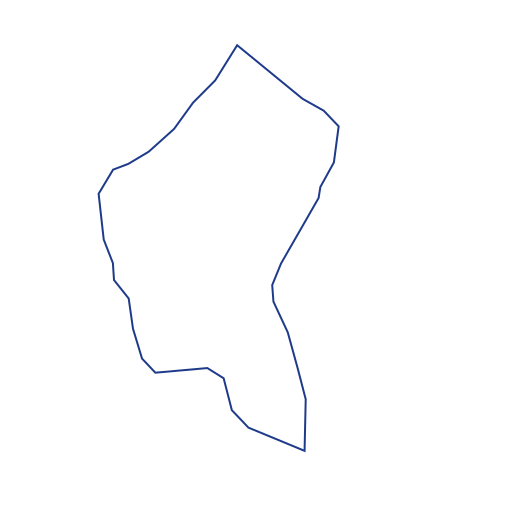 San Bartolomé Milpas Altas, Sacatepéquez, Guatemala (orthographic projection), rotated 221°
{"feature_id": "79465075B34478073333157", "entity_name": "San Bartolomé Milpas Altas", "entity_type": "district", "adm_level": 2, "iso_a3": "GTM", "parent_name": "Guatemala", "parent_adm1": "Sacatepéquez", "projection": "orthographic", "projection_center": [-90.687, 14.601], "detail": "fine", "context": "isolated", "style": "outline", "palette": "blue", "viewbox_px": 512, "rotation_deg": 221, "n_neighbors": 0, "source": "geoboundaries", "source_scale": "gbopen_adm2", "svg_char_len": 561}
<svg xmlns="http://www.w3.org/2000/svg" viewBox="0 0 512 512"><g transform="rotate(221 256 256)"><path d="M278.7,408.1L300.2,410.1L323.9,405.2L408.5,402.7L402.0,361.7L404.1,330.4L401.2,298.2L405.4,264.4L412.7,242.0L420.5,227.4L415.6,199.7L381.7,168.5L359.4,156.8L347.4,144.7L324.2,140.4L301.1,120.4L274.7,103.8L255.4,101.9L219.2,139.5L200.2,142.5L173.1,123.8L149.1,121.5L91.5,140.8L124.5,180.5L150.0,198.0L181.9,219.2L212.9,233.0L224.7,244.7L232.2,266.8L246.8,340.8L252.7,350.3L258.6,377.7L278.7,408.1Z" fill="none" stroke="#1e3a8a" stroke-width="2"/></g></svg>